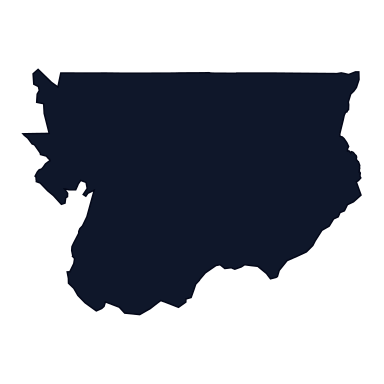 the district of Ikorodu, Lagos, Nigeria
{"feature_id": "59680162B53104406185271", "entity_name": "Ikorodu", "entity_type": "district", "adm_level": 2, "iso_a3": "NGA", "parent_name": "Nigeria", "parent_adm1": "Lagos", "projection": "robinson", "projection_center": [3.567, 6.6], "detail": "fine", "context": "isolated", "style": "filled", "palette": "ink", "viewbox_px": 384, "rotation_deg": 0, "n_neighbors": 0, "source": "geoboundaries", "source_scale": "gbopen_adm2", "svg_char_len": 2814}
<svg xmlns="http://www.w3.org/2000/svg" viewBox="0 0 384 384"><path d="M38.1,69.4L33.1,73.8L33.8,84.2L38.4,86.5L39.3,90.5L37.2,94.1L36.7,102.3L43.7,103.7L44.2,113.5L49.2,133.4L34.4,133.6L23.4,133.8L23.0,133.8L24.3,135.3L27.7,138.0L32.1,143.9L34.5,144.8L40.2,152.9L40.5,154.5L46.4,156.1L48.5,158.6L48.8,158.9L49.6,159.3L50.0,160.8L48.9,161.3L45.5,163.9L43.2,167.2L41.5,169.1L39.3,169.7L38.6,170.4L37.3,172.0L35.1,176.2L35.7,176.8L36.1,177.5L36.1,178.9L36.2,179.9L36.4,180.7L36.3,181.6L40.2,183.0L47.7,190.8L53.5,195.6L61.4,204.3L65.0,203.1L65.2,201.5L65.7,197.8L67.5,196.7L67.6,193.3L65.2,189.9L64.5,189.0L66.2,189.2L69.0,189.8L75.7,189.8L77.5,185.8L78.2,184.0L78.9,183.0L80.7,180.4L84.0,181.6L85.4,182.1L86.1,182.5L87.2,188.3L87.2,188.5L83.2,194.5L85.8,196.2L87.8,193.3L94.2,190.2L86.9,216.8L82.5,225.9L79.9,228.6L78.8,231.3L78.7,233.4L73.7,243.0L72.0,246.6L71.7,250.5L72.8,255.9L72.5,256.3L74.6,258.5L73.8,263.6L69.8,271.8L67.2,271.9L68.4,278.3L68.5,283.2L73.8,288.3L77.9,295.4L85.1,302.8L96.3,310.9L101.7,308.5L104.0,306.4L105.4,301.9L107.5,302.7L119.3,307.2L124.7,313.1L126.9,313.3L132.0,313.8L139.7,314.6L147.4,310.2L150.1,308.7L156.9,303.4L160.8,300.5L163.1,301.4L164.4,301.8L178.5,307.3L185.8,302.1L185.9,299.0L191.1,297.5L193.7,290.2L195.7,284.2L199.4,280.2L199.6,279.6L205.3,272.9L216.0,265.5L220.1,264.7L224.8,268.5L231.3,267.7L233.0,268.5L234.8,269.2L241.3,266.9L244.6,264.7L250.7,265.5L257.8,266.3L259.2,267.5L266.5,273.5L268.5,276.2L270.5,278.8L276.0,277.4L277.4,276.5L279.2,270.4L287.1,260.6L297.8,255.9L306.4,251.9L312.8,245.5L315.2,240.8L321.9,230.3L329.2,226.1L333.6,218.9L338.2,216.8L340.0,212.6L344.4,210.8L347.4,204.7L353.5,201.8L361.0,195.1L356.3,181.9L358.4,180.6L360.8,177.9L359.9,176.2L360.1,174.6L360.0,174.1L360.3,173.4L360.1,172.5L359.7,172.1L359.2,172.0L359.3,171.4L359.4,170.9L359.3,170.3L359.4,169.4L359.7,168.4L359.6,167.5L359.4,167.0L359.6,166.3L359.7,165.9L359.7,165.3L359.4,164.6L358.8,162.8L358.3,161.6L357.8,161.4L356.3,159.4L356.4,158.1L356.6,157.2L356.4,156.4L356.1,155.6L354.9,154.5L353.5,152.7L352.7,152.1L351.5,151.7L350.8,153.2L349.8,151.7L349.6,151.3L348.8,150.9L347.5,150.9L347.6,148.5L348.6,146.5L346.9,142.8L344.1,138.7L342.3,137.0L340.1,136.4L339.7,134.7L340.0,132.9L343.1,120.3L344.2,115.3L345.5,112.4L347.0,111.8L347.5,110.4L348.5,109.7L348.7,104.7L348.3,102.0L350.7,94.1L353.9,91.0L356.4,87.5L359.0,79.6L358.8,71.9L355.4,71.9L350.5,73.8L349.0,74.4L348.1,74.4L344.4,73.5L341.2,72.9L337.0,73.6L323.7,73.5L274.9,73.1L257.7,73.1L236.6,73.1L236.5,73.3L216.3,73.2L214.5,73.2L211.8,73.1L211.0,73.1L210.2,73.0L209.8,72.8L208.3,72.7L204.5,72.8L193.7,72.9L188.5,72.9L176.3,73.0L175.4,73.1L175.1,73.1L146.8,73.2L146.7,73.2L139.3,73.2L120.8,73.2L102.8,73.0L98.6,73.1L88.3,73.1L60.8,73.0L57.9,87.0L51.5,82.4L38.1,69.4Z" fill="#0f172a" stroke="#020617" stroke-width="1.5"/></svg>